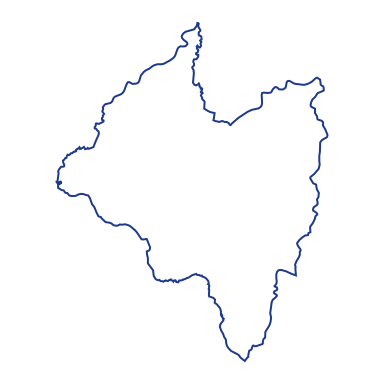 Wiang Chai, Chiang Rai, Thailand (Robinson projection)
{"feature_id": "78962969B32400228790118", "entity_name": "Wiang Chai", "entity_type": "district", "adm_level": 2, "iso_a3": "THA", "parent_name": "Thailand", "parent_adm1": "Chiang Rai", "projection": "robinson", "projection_center": [99.97, 19.862], "detail": "fine", "context": "isolated", "style": "outline", "palette": "blue", "viewbox_px": 384, "rotation_deg": 0, "n_neighbors": 0, "source": "geoboundaries", "source_scale": "gbopen_adm2", "svg_char_len": 5902}
<svg xmlns="http://www.w3.org/2000/svg" viewBox="0 0 384 384"><path d="M244.8,361.0L247.3,357.6L248.2,356.9L248.4,354.4L249.3,350.6L250.8,350.0L251.5,349.2L252.7,345.8L253.5,345.5L254.6,346.2L256.4,346.1L262.5,344.0L262.8,343.4L262.9,341.2L263.2,339.9L263.7,338.9L265.1,337.6L265.4,331.8L269.0,326.1L270.0,323.8L270.6,321.6L271.1,317.6L270.2,313.3L271.7,302.1L272.8,299.7L275.6,297.4L276.9,295.8L276.7,294.9L274.3,293.4L273.9,292.5L274.3,291.4L276.6,290.2L277.2,289.4L277.2,288.6L276.9,287.5L274.9,286.6L274.5,286.1L276.0,284.3L276.6,282.9L276.7,281.2L276.3,278.1L276.3,274.5L277.0,272.0L278.1,270.6L279.1,270.1L281.5,270.0L286.3,271.4L291.2,273.7L295.9,275.4L295.4,268.9L295.6,266.7L295.1,265.3L295.2,264.3L296.7,260.7L298.8,257.5L299.8,254.8L299.8,252.0L300.7,250.2L300.4,249.2L297.9,245.8L297.1,243.6L297.2,242.9L299.5,239.9L302.7,237.1L305.1,235.5L308.0,235.1L308.5,233.0L310.4,232.2L310.1,227.8L310.3,226.5L312.7,223.3L314.8,219.1L315.4,216.3L317.2,214.6L317.3,213.9L316.4,212.7L313.2,210.6L313.0,209.4L313.7,207.3L316.8,205.1L317.6,204.0L317.6,202.6L317.0,199.4L318.5,196.9L318.8,192.8L316.8,189.2L316.1,184.6L313.2,183.3L310.6,179.0L310.2,177.8L310.6,176.9L314.2,174.0L318.7,168.7L319.7,164.6L319.3,161.3L319.3,155.8L319.9,151.8L320.2,142.6L320.6,141.7L322.2,139.9L326.9,137.2L327.3,136.3L327.5,134.9L325.2,129.2L322.9,125.4L323.1,122.9L322.9,122.0L321.6,120.7L318.2,119.7L317.5,119.2L316.9,116.1L315.0,113.0L315.0,108.7L311.3,106.8L310.7,105.8L310.6,104.9L311.1,102.5L312.5,99.4L315.2,96.9L317.3,93.6L318.0,93.0L323.5,90.7L323.8,90.0L323.6,87.5L323.1,86.3L321.4,85.4L320.7,84.6L320.1,79.6L317.1,77.7L315.7,78.2L312.2,81.4L310.4,82.6L307.4,84.0L304.0,84.9L295.1,83.8L293.8,83.4L290.1,81.2L288.8,80.9L287.6,81.1L286.7,82.2L285.9,86.6L285.5,87.7L283.4,89.3L282.1,89.5L279.0,89.3L277.3,87.6L275.2,87.0L272.9,89.2L271.4,91.9L270.6,92.6L267.4,93.0L264.0,92.6L262.1,93.0L261.7,94.8L262.1,103.6L261.6,105.4L260.6,107.0L258.5,108.4L251.9,109.8L247.6,111.8L238.2,118.0L231.8,123.6L230.6,125.1L229.6,124.7L228.7,123.1L226.8,122.0L224.9,122.0L222.2,121.0L219.3,121.9L215.5,121.1L213.4,120.2L213.9,118.2L214.6,113.1L210.4,112.1L208.0,111.0L204.2,108.6L204.6,101.8L204.3,101.1L203.0,100.0L202.0,98.7L202.2,97.8L200.9,95.5L201.8,93.8L202.6,93.2L202.1,92.5L201.3,92.6L200.8,92.2L201.1,91.4L201.8,90.8L202.1,88.5L201.6,88.3L200.7,88.6L200.6,87.3L199.5,86.6L199.5,85.1L198.8,83.5L197.9,84.5L195.9,85.4L194.5,84.8L193.0,82.7L193.9,72.9L193.6,71.5L193.8,70.6L192.2,67.7L192.5,66.8L193.7,65.8L194.1,65.0L194.0,63.6L193.3,61.9L193.3,61.1L193.9,59.4L196.4,59.2L198.2,56.7L198.3,54.8L196.5,54.6L196.0,54.0L196.2,53.1L197.7,52.1L198.2,50.8L198.0,49.6L196.9,48.6L197.1,47.3L196.7,46.6L197.3,45.6L199.4,47.5L200.1,47.4L201.1,45.7L200.5,43.9L200.8,42.7L201.4,42.0L200.1,40.5L201.6,39.3L201.3,36.7L200.6,35.9L199.0,35.5L198.6,33.9L198.9,32.2L200.3,30.8L200.4,30.1L198.5,27.1L198.3,25.9L198.7,23.8L198.4,23.2L197.4,23.0L196.9,25.5L194.2,29.3L185.8,31.7L183.7,33.1L182.4,34.7L181.7,36.5L182.2,38.2L183.8,40.0L186.9,42.3L187.4,43.5L187.3,44.4L185.6,46.1L183.3,46.5L180.3,46.3L178.5,47.5L177.5,49.0L175.2,55.5L174.3,56.9L173.1,58.1L169.9,60.5L163.7,63.8L161.3,64.3L157.8,64.2L154.5,65.1L152.6,66.1L149.4,68.6L145.7,70.4L143.9,71.8L140.9,75.5L139.3,80.8L138.5,82.3L137.6,83.1L135.6,83.7L132.6,83.9L129.1,82.1L128.0,82.2L127.2,83.1L126.2,85.2L124.3,90.4L123.1,92.5L120.9,94.3L114.8,96.7L113.5,98.2L112.3,101.2L110.9,102.7L109.9,103.1L105.4,104.2L104.4,105.0L102.8,107.4L103.2,109.0L102.3,111.6L104.1,113.9L102.9,115.6L102.8,116.9L102.0,118.1L102.0,119.8L103.5,120.4L103.6,121.3L103.0,121.9L98.9,123.9L96.2,123.4L95.8,123.9L95.7,125.7L94.7,127.2L94.7,128.4L96.1,128.8L97.6,130.8L98.5,131.4L98.9,132.9L98.5,135.0L96.0,140.5L93.4,147.1L88.8,148.8L87.7,148.0L87.4,148.6L85.2,149.2L84.0,146.9L81.1,148.7L80.1,149.0L80.0,148.0L79.4,147.8L79.3,147.4L77.7,148.9L76.5,149.3L76.1,149.7L76.3,150.9L75.8,151.4L75.2,151.3L74.7,151.8L73.7,151.7L72.4,153.1L70.8,153.3L70.3,153.8L70.1,154.4L68.9,155.1L67.6,154.7L66.9,155.9L66.4,157.9L65.1,158.2L64.3,159.6L63.0,160.5L63.2,162.5L64.3,165.0L64.1,166.3L63.7,166.6L61.1,166.8L58.8,169.7L58.1,171.7L58.6,173.0L57.6,180.5L57.4,181.2L56.5,181.9L57.4,183.1L60.2,181.6L60.9,181.7L61.2,182.4L61.1,183.1L58.1,184.9L58.1,187.9L61.6,190.1L63.3,190.3L64.0,190.7L64.8,192.3L66.3,193.1L67.2,193.0L69.5,195.6L71.8,196.0L75.6,195.9L78.5,194.4L80.9,193.9L83.7,194.1L85.8,195.0L88.2,195.4L90.0,198.3L92.0,204.1L94.4,207.2L96.4,212.2L98.3,216.1L99.1,216.6L100.8,217.0L101.7,218.4L105.6,222.1L109.5,222.7L111.5,223.5L113.5,225.2L115.7,225.7L117.4,225.7L119.8,224.5L122.4,224.7L125.0,224.3L127.8,225.0L130.3,226.2L135.2,230.4L136.8,232.3L141.5,239.2L142.9,239.5L146.7,239.0L150.1,247.3L149.8,249.3L149.2,250.4L146.8,251.4L147.0,254.3L147.9,258.2L147.9,263.4L153.1,270.3L153.7,275.8L155.4,278.7L156.0,279.3L157.9,280.2L158.9,280.2L159.4,279.9L160.6,281.1L162.8,281.3L163.4,281.7L164.5,280.9L165.3,280.9L165.7,280.4L168.0,281.1L168.8,280.3L170.8,279.4L171.2,280.3L172.7,280.5L173.4,281.7L174.3,280.6L175.3,280.2L175.8,280.6L176.3,282.0L178.3,282.3L179.1,280.5L180.5,280.5L182.5,280.0L182.9,279.6L183.5,279.7L183.9,279.3L185.7,278.8L186.4,278.2L188.4,277.7L192.1,275.2L196.1,273.9L197.3,275.0L199.2,275.0L200.2,275.7L201.8,275.6L202.2,276.5L204.7,277.4L206.3,278.6L208.2,280.9L208.7,282.8L208.1,284.1L208.7,284.3L209.3,285.4L209.0,285.9L209.2,286.9L208.8,288.4L209.0,288.9L208.7,289.3L209.3,290.4L208.9,293.2L209.1,296.4L213.4,297.9L215.0,299.6L214.7,302.8L216.8,304.3L219.7,307.7L220.4,309.2L221.0,311.6L220.9,313.2L221.6,314.4L221.0,314.5L221.0,315.0L221.7,316.2L222.2,316.2L222.2,317.2L222.5,317.4L222.7,318.0L223.6,318.6L223.3,319.0L223.5,319.4L223.2,319.7L223.4,320.0L223.3,320.5L221.1,323.2L220.2,324.7L219.9,326.9L221.1,330.4L223.0,333.6L224.3,337.3L225.8,339.4L226.3,343.8L227.0,345.9L228.3,348.0L231.0,350.9L238.1,354.6L239.0,355.4L240.4,357.5L244.8,361.0Z" fill="none" stroke="#1e3a8a" stroke-width="2"/></svg>